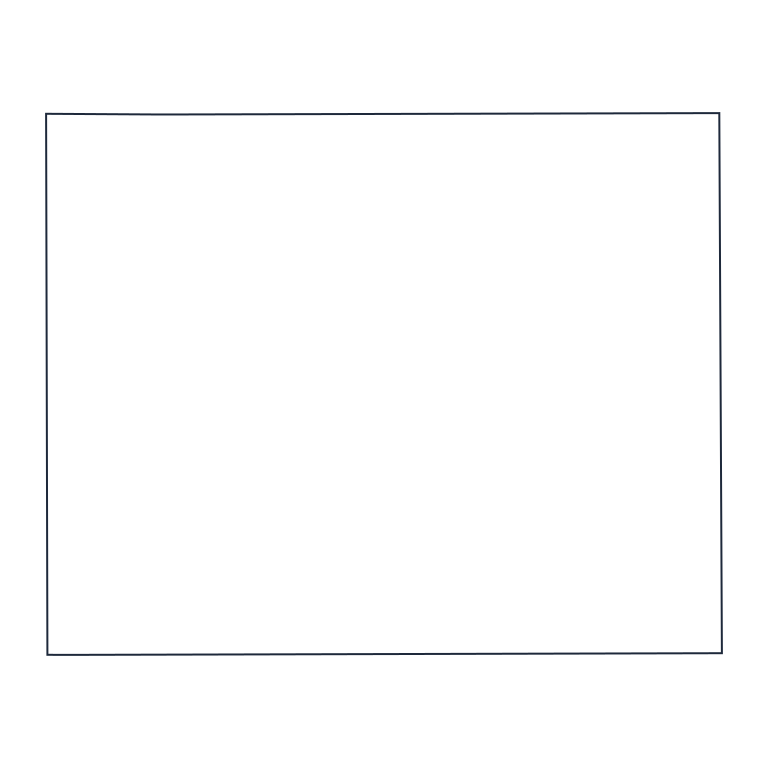 outline of Blaine, Nebraska, United States of America
{"feature_id": "52423323B26026520700604", "entity_name": "Blaine", "entity_type": "district", "adm_level": 2, "iso_a3": "USA", "parent_name": "United States of America", "parent_adm1": "Nebraska", "projection": "orthographic", "projection_center": [-100.085, 41.913], "detail": "fine", "context": "isolated", "style": "outline", "palette": "slate", "viewbox_px": 768, "rotation_deg": 0, "n_neighbors": 0, "source": "geoboundaries", "source_scale": "gbopen_adm2", "svg_char_len": 207}
<svg xmlns="http://www.w3.org/2000/svg" viewBox="0 0 768 768"><path d="M46.1,113.8L47.4,654.8L64.0,654.9L721.9,653.2L719.3,113.1L162.0,114.5L46.1,113.8Z" fill="none" stroke="#1e293b" stroke-width="2"/></svg>